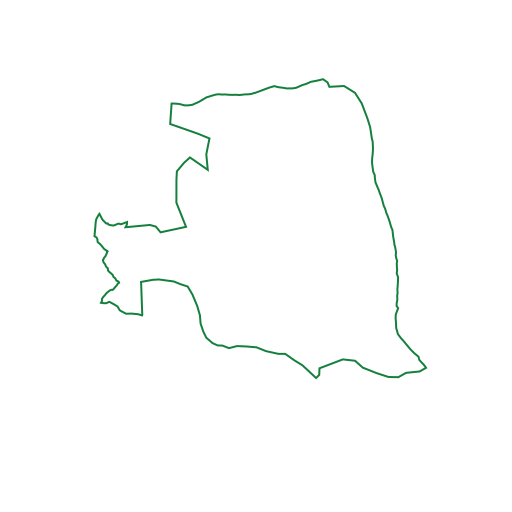 outline of Ngor-Okpala, Imo, Nigeria, rotated 245°
{"feature_id": "59680162B61451583552190", "entity_name": "Ngor-Okpala", "entity_type": "district", "adm_level": 2, "iso_a3": "NGA", "parent_name": "Nigeria", "parent_adm1": "Imo", "projection": "orthographic", "projection_center": [7.178, 5.331], "detail": "fine", "context": "isolated", "style": "outline", "palette": "green", "viewbox_px": 512, "rotation_deg": 245, "n_neighbors": 0, "source": "geoboundaries", "source_scale": "gbopen_adm2", "svg_char_len": 3985}
<svg xmlns="http://www.w3.org/2000/svg" viewBox="0 0 512 512"><g transform="rotate(245 256 256)"><path d="M387.9,391.5L388.7,387.3L389.5,383.9L390.7,379.2L390.7,376.8L390.8,373.8L391.3,370.4L391.4,367.3L391.5,363.5L392.3,360.4L394.8,354.8L396.9,351.8L399.4,347.8L402.2,344.4L403.0,339.3L404.2,324.2L404.6,322.6L404.8,320.5L405.5,318.1L407.2,314.1L408.9,309.0L410.6,306.0L412.0,302.7L414.1,298.6L415.5,296.3L416.0,295.0L416.8,293.2L418.2,290.9L419.2,288.2L420.0,283.5L420.3,280.8L420.7,278.4L420.4,275.2L419.8,269.3L419.9,265.6L419.9,262.6L420.6,259.9L421.6,257.2L423.0,254.5L425.1,252.1L426.8,249.8L428.1,247.4L429.5,244.8L429.8,243.9L411.9,234.0L391.5,254.9L382.2,263.5L369.1,253.9L354.5,248.7L373.2,237.8L370.9,230.2L366.2,220.1L358.9,216.2L338.0,206.4L312.0,204.9L317.8,179.5L325.1,177.6L329.0,172.9L337.2,149.9L339.2,152.4L341.3,153.5L341.7,148.2L341.9,146.9L342.2,146.5L342.8,146.0L343.5,144.8L343.6,144.2L343.6,143.7L343.6,142.5L343.6,141.9L343.8,140.3L343.9,139.5L344.8,138.2L345.6,137.0L346.2,136.2L347.1,135.5L348.2,135.4L348.5,134.3L349.4,133.7L351.1,133.2L352.5,132.6L354.5,132.1L356.1,132.1L358.3,132.0L360.4,131.9L359.8,130.8L359.1,129.8L357.2,127.2L356.3,126.3L354.5,125.1L352.8,124.1L349.6,122.3L348.6,121.7L342.2,118.0L341.6,118.4L340.9,118.9L340.4,119.2L339.9,119.3L338.7,119.3L338.0,119.3L337.2,118.9L336.5,118.7L335.4,118.4L334.8,118.7L333.8,119.2L332.5,119.8L330.8,120.3L328.8,120.8L328.0,121.0L327.2,121.2L326.4,121.4L325.3,122.1L324.3,122.7L323.5,123.3L323.0,123.4L323.0,122.9L322.7,122.6L322.1,122.4L321.6,122.0L321.3,121.7L320.9,121.2L320.5,120.8L320.2,120.2L319.4,119.5L319.1,118.8L318.8,118.1L318.5,117.4L318.0,116.8L317.5,116.5L317.3,116.2L317.2,115.7L316.6,115.4L316.1,115.3L315.6,115.3L314.7,115.2L314.2,115.3L313.6,115.4L313.1,115.5L312.2,115.8L310.4,115.6L308.8,115.9L307.6,116.5L306.3,116.1L304.9,115.8L303.9,116.2L300.1,117.9L299.3,118.1L297.3,118.0L295.2,119.0L292.7,119.1L291.2,120.4L290.4,120.7L289.6,120.6L289.6,119.8L289.2,118.8L288.7,118.1L288.0,116.9L287.6,115.9L287.2,115.1L286.9,114.2L286.2,113.0L285.9,111.6L286.3,111.1L286.5,110.4L286.5,108.8L286.2,107.4L285.8,105.7L285.1,103.9L284.4,102.6L283.3,99.9L282.2,98.3L280.1,97.2L279.4,96.2L279.1,95.7L279.0,95.8L278.9,96.1L278.1,97.2L277.3,98.6L276.5,100.4L276.5,100.8L276.5,101.4L276.5,102.4L276.5,103.0L276.3,103.8L275.9,104.2L273.4,106.0L271.9,107.1L270.6,107.9L269.7,108.6L268.6,109.2L265.0,109.5L264.2,109.7L263.0,110.5L258.6,113.9L257.7,115.8L256.5,118.7L254.8,121.6L253.6,123.7L252.5,125.2L250.8,127.1L250.3,127.6L250.6,128.0L281.1,140.9L277.9,152.8L275.7,158.2L267.6,170.8L262.7,175.3L257.2,181.2L248.0,182.1L235.6,181.6L225.9,180.1L218.1,177.2L209.5,176.3L203.0,176.4L195.4,179.8L191.1,183.5L189.1,187.6L183.9,192.6L182.4,200.7L178.2,208.8L173.0,217.9L165.6,224.8L157.8,235.0L155.0,241.1L145.2,246.7L137.3,251.9L120.0,258.9L121.5,263.0L127.4,266.1L125.6,291.0L119.2,301.5L109.7,305.6L98.7,316.0L90.5,324.8L89.1,327.4L86.0,333.9L86.7,342.6L82.2,355.5L82.8,362.9L83.0,362.9L86.6,362.1L88.9,361.3L92.7,360.1L96.1,360.7L101.2,358.3L103.5,357.5L105.9,356.6L112.3,354.9L116.3,353.9L120.4,352.6L125.4,351.6L128.6,352.2L131.4,352.6L133.8,353.6L136.1,354.6L138.6,355.5L140.8,356.3L144.1,358.1L146.2,360.3L148.7,362.8L151.3,362.3L154.0,363.7L156.4,365.5L160.6,367.3L161.9,368.2L162.6,368.7L166.2,370.1L168.5,371.5L173.5,374.2L176.7,375.8L180.8,376.2L183.4,377.9L186.4,379.0L189.7,380.4L192.0,381.9L195.0,382.2L197.7,383.0L200.4,384.6L201.3,384.8L205.3,385.9L207.7,386.2L210.0,387.0L213.3,387.9L215.8,388.6L222.1,390.7L224.6,390.7L227.4,391.1L230.4,391.6L237.3,392.3L238.0,392.3L239.7,392.3L244.1,393.0L247.4,393.0L252.1,393.8L255.5,394.4L259.7,394.7L263.8,395.1L272.2,395.4L275.9,396.5L279.2,397.8L282.5,397.8L287.6,399.3L288.6,399.6L292.2,400.9L295.5,402.6L298.9,404.7L301.9,406.4L305.5,408.1L310.7,410.2L313.0,410.5L324.5,413.9L333.4,415.1L345.3,416.0L349.6,416.3L362.0,414.7L372.8,407.7L374.2,404.3L378.3,394.0L383.0,394.2L387.9,391.5Z" fill="none" stroke="#15803d" stroke-width="2"/></g></svg>